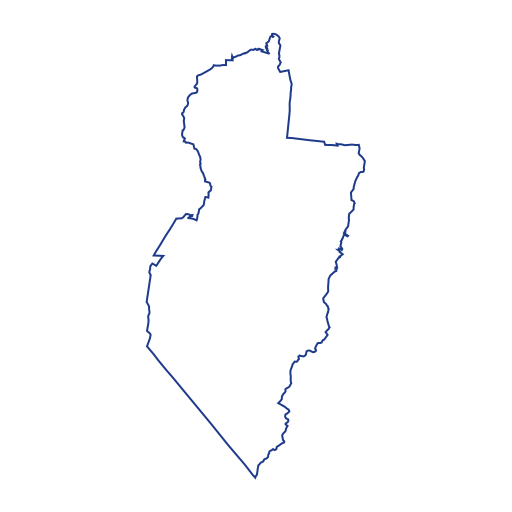 outline of Cacahoatán, Chiapas, Mexico, rotated 178°
{"feature_id": "50627088B46673290590082", "entity_name": "Cacahoatán", "entity_type": "district", "adm_level": 2, "iso_a3": "MEX", "parent_name": "Mexico", "parent_adm1": "Chiapas", "projection": "orthographic", "projection_center": [-92.167, 15.088], "detail": "fine", "context": "isolated", "style": "outline", "palette": "blue", "viewbox_px": 512, "rotation_deg": 178, "n_neighbors": 0, "source": "geoboundaries", "source_scale": "gbopen_adm2", "svg_char_len": 6096}
<svg xmlns="http://www.w3.org/2000/svg" viewBox="0 0 512 512"><g transform="rotate(178 256 256)"><path d="M291.6,448.1L291.9,447.1L293.6,445.2L295.9,443.7L304.8,439.2L307.6,438.5L308.7,437.6L308.6,432.2L308.9,430.4L310.2,429.0L311.6,427.1L311.3,426.5L310.2,426.0L309.4,425.9L308.9,425.4L308.8,423.6L309.1,422.1L309.9,421.3L314.5,420.5L316.4,419.2L318.2,417.1L318.9,415.4L319.1,414.1L318.5,411.1L318.8,409.9L319.6,408.3L321.4,407.0L322.9,404.5L323.1,403.0L323.7,401.9L324.9,401.2L324.9,400.0L323.6,398.0L323.2,396.8L322.9,396.3L323.5,393.2L323.3,392.1L322.9,387.0L323.8,384.9L324.8,383.7L325.0,383.8L325.7,379.9L325.4,378.4L325.2,378.0L324.5,376.9L324.0,376.9L323.8,376.6L323.0,376.0L324.2,373.1L322.7,372.8L322.3,371.8L319.8,371.7L314.7,369.8L313.8,365.5L311.9,364.8L310.5,362.8L309.1,358.6L308.4,357.2L308.0,354.6L308.6,351.8L308.1,350.2L308.7,349.4L308.8,348.9L308.4,348.0L308.5,346.9L308.2,346.1L308.3,345.7L307.2,342.3L305.8,340.4L305.7,339.3L304.3,335.5L304.4,334.8L303.9,334.2L304.3,333.3L304.3,332.3L300.2,331.0L299.5,330.4L299.3,329.6L299.1,328.1L298.9,327.6L298.1,326.7L298.9,323.1L299.8,322.6L300.3,321.9L301.0,321.6L301.3,321.2L301.4,320.3L301.2,319.8L301.3,318.0L301.6,316.0L303.0,316.5L304.5,316.7L305.7,312.9L306.5,308.7L309.2,306.2L309.7,305.5L310.7,305.1L311.2,304.6L311.7,301.8L312.2,300.3L313.0,299.2L313.4,295.9L314.2,293.7L316.3,294.8L318.1,295.5L320.2,296.0L323.1,296.3L322.0,296.6L320.3,298.0L318.4,298.2L318.1,299.1L320.4,299.1L321.5,299.9L322.4,300.0L323.2,300.4L324.1,300.2L324.5,300.4L327.3,297.3L328.6,296.4L329.6,296.2L331.6,296.3L333.4,296.0L334.3,296.2L340.0,287.3L346.2,278.5L351.2,270.7L356.1,263.5L358.2,260.1L348.7,259.3L351.1,256.6L356.0,249.7L359.8,252.1L360.3,251.6L361.9,249.5L362.2,248.1L362.3,246.3L363.0,244.6L363.2,243.2L362.3,241.4L362.3,240.9L361.9,240.6L366.9,213.9L364.6,209.4L364.7,206.9L364.4,203.7L364.7,201.9L365.3,201.0L365.8,199.8L365.9,198.9L365.6,195.4L366.0,192.1L367.5,185.2L367.3,184.6L365.2,182.8L364.2,181.4L364.1,180.7L364.9,177.3L368.1,169.5L362.0,161.8L356.8,154.5L349.6,145.1L344.0,138.2L306.2,89.1L290.5,68.1L274.7,48.2L267.3,37.9L264.5,34.5L263.9,36.0L262.8,37.2L262.0,41.2L261.9,42.5L260.9,46.8L260.2,47.3L259.0,48.7L258.1,49.5L256.7,50.0L255.7,50.7L255.6,51.5L254.5,52.7L252.8,53.2L252.2,53.6L251.1,54.6L250.6,57.1L250.3,57.7L249.8,58.1L249.7,59.3L249.4,60.1L248.2,61.0L247.3,61.2L245.7,62.4L244.2,61.4L242.4,62.2L241.9,64.5L239.3,66.0L237.5,67.3L235.5,68.3L234.5,68.6L234.3,69.0L234.2,69.8L234.9,70.4L235.4,71.1L236.1,75.7L235.4,77.2L232.6,80.0L231.9,82.7L230.4,85.1L232.1,86.5L232.4,87.1L232.1,87.6L230.2,88.8L229.6,89.6L229.4,90.8L229.6,91.6L231.9,92.9L232.5,94.5L232.4,95.4L232.1,96.5L231.4,97.0L230.5,97.4L228.1,99.4L228.8,101.4L230.2,102.2L232.2,104.1L238.9,108.2L236.4,110.5L235.2,112.1L235.1,113.8L234.8,115.1L233.2,117.5L231.9,118.6L231.2,119.7L231.3,121.8L230.5,122.4L227.7,123.9L227.2,124.3L225.2,127.7L225.7,129.8L225.5,133.5L225.5,135.9L225.7,136.5L225.7,139.2L225.3,141.0L223.6,145.0L223.3,146.3L221.0,149.1L218.9,148.9L218.4,149.4L217.4,150.9L216.8,151.3L216.7,152.1L217.1,153.0L217.1,154.1L215.9,155.0L215.1,154.6L211.9,154.0L211.1,154.3L209.6,155.7L208.8,158.9L207.9,159.5L206.9,159.7L205.5,159.6L202.6,157.9L200.8,158.1L199.4,159.2L199.5,160.3L200.1,161.1L200.0,162.2L198.3,165.4L197.7,166.3L196.8,167.0L196.2,166.8L194.6,166.8L193.5,167.3L192.8,168.3L192.6,169.1L191.7,169.8L190.7,170.1L187.2,174.7L189.1,177.5L187.4,179.3L186.0,180.5L185.5,181.5L184.9,182.1L185.5,183.0L186.9,188.6L187.2,190.8L187.5,191.5L187.7,192.5L187.1,194.3L186.7,196.0L185.9,197.2L185.9,197.9L185.2,200.6L185.7,201.5L186.0,203.3L186.8,203.9L187.4,205.3L189.7,207.5L190.3,210.4L190.2,211.5L186.1,216.4L185.0,218.3L185.1,221.8L184.2,230.5L182.5,233.8L178.6,237.1L178.2,237.3L177.8,237.9L176.7,238.0L176.2,238.3L176.0,239.7L176.3,240.6L177.1,240.5L177.0,241.7L175.3,241.5L175.8,244.7L176.5,247.4L173.0,252.0L172.8,251.6L172.1,251.9L171.5,253.2L169.3,254.7L171.4,256.5L171.5,256.9L172.2,257.1L172.1,257.5L172.3,257.9L174.1,259.4L173.6,259.4L173.2,259.3L172.7,260.7L170.1,259.0L169.5,259.9L170.3,261.5L171.3,262.9L170.2,266.7L170.8,267.5L169.5,269.2L169.6,269.7L168.9,270.3L168.7,271.0L167.2,274.4L163.8,272.5L163.3,273.0L166.3,274.8L166.0,275.5L166.3,275.7L166.1,276.0L165.8,277.6L166.6,277.2L165.4,279.5L163.0,282.3L161.8,288.7L161.8,289.4L162.0,290.5L161.4,294.9L158.9,297.1L156.8,299.2L156.8,301.0L156.1,304.7L155.5,305.2L156.5,307.5L158.6,308.5L158.9,316.1L156.1,319.6L155.9,321.7L153.9,327.9L152.1,331.4L151.2,332.6L150.1,335.3L148.6,336.1L148.0,336.3L146.0,336.3L145.5,336.8L144.9,338.6L145.2,340.3L143.9,347.0L145.6,350.0L146.8,351.5L147.8,352.6L148.9,353.4L149.0,353.9L149.8,355.1L148.7,359.9L149.4,363.5L152.1,363.4L156.2,364.0L163.4,363.6L167.0,364.7L169.4,364.7L171.5,365.4L171.4,364.7L170.9,363.5L175.7,364.2L183.0,364.6L183.9,367.8L198.9,369.9L216.4,372.7L220.9,373.0L217.6,396.8L217.2,400.5L217.1,406.8L216.9,408.7L216.2,412.4L215.7,417.0L215.7,418.4L215.2,419.9L215.2,421.1L215.0,422.4L215.0,423.7L214.5,425.2L214.4,427.0L215.5,430.7L217.0,440.5L225.4,439.1L227.3,442.8L227.5,444.1L227.0,445.0L226.1,445.6L224.5,448.6L224.9,449.2L226.3,452.3L225.7,453.7L225.6,455.5L225.7,456.2L226.0,456.9L226.0,457.7L224.3,465.4L224.5,466.2L225.6,467.6L225.7,468.3L225.7,469.7L224.7,472.7L225.7,474.6L227.8,476.5L229.7,477.3L231.2,477.5L232.2,477.3L232.3,475.8L231.0,474.7L231.5,474.3L232.8,475.1L233.5,475.1L233.8,474.9L234.3,474.1L235.7,470.1L238.3,468.2L237.4,465.7L238.5,465.2L238.7,465.4L238.9,465.3L238.9,464.2L238.5,463.2L238.2,463.0L237.6,463.3L237.4,462.9L237.9,462.1L238.0,461.7L237.8,461.2L237.0,460.9L237.2,459.8L237.1,459.2L236.0,458.2L236.2,457.9L243.4,460.4L243.3,460.9L242.9,461.5L242.5,461.7L245.9,463.0L246.2,462.2L247.4,462.6L247.9,461.9L248.8,462.5L249.5,463.1L251.2,462.1L253.7,462.4L255.9,461.2L257.3,460.0L259.7,458.9L259.9,459.3L263.1,458.1L264.3,457.4L265.4,457.1L266.7,457.1L270.0,455.6L271.4,455.4L271.9,454.6L272.3,455.1L272.9,456.7L273.1,455.6L272.5,454.4L273.2,453.9L272.7,452.4L279.2,452.8L279.3,447.9L282.9,448.0L285.4,447.5L289.4,447.7L291.6,448.1Z" fill="none" stroke="#1e3a8a" stroke-width="2"/></g></svg>